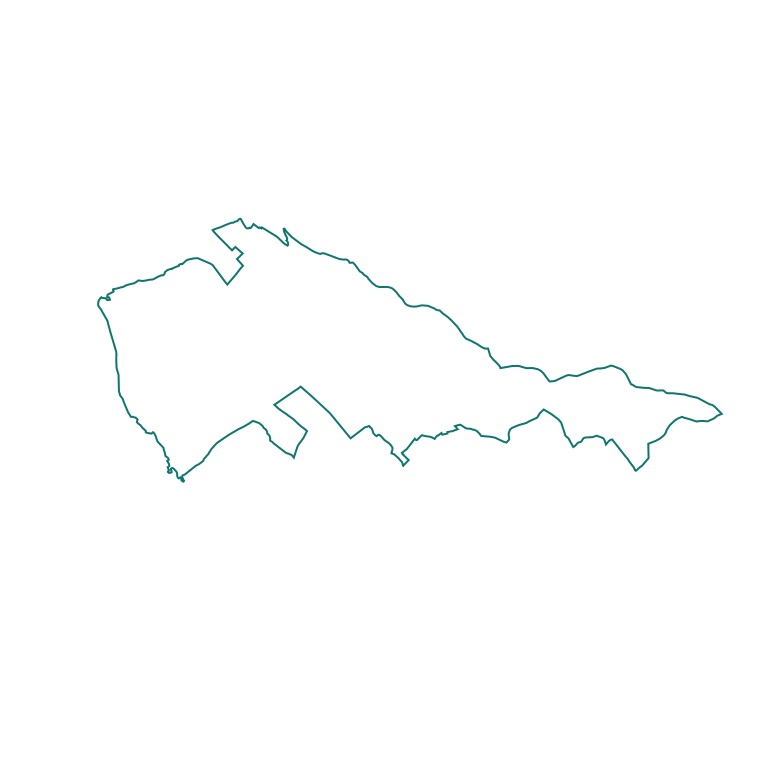 Solovastru, Mures, Romania, rotated 44°
{"feature_id": "2599482B7590824952903", "entity_name": "Solovastru", "entity_type": "district", "adm_level": 2, "iso_a3": "ROU", "parent_name": "Romania", "parent_adm1": "Mures", "projection": "equal_earth", "projection_center": [24.78, 46.783], "detail": "fine", "context": "isolated", "style": "outline", "palette": "teal", "viewbox_px": 768, "rotation_deg": 44, "n_neighbors": 0, "source": "geoboundaries", "source_scale": "gbopen_adm2", "svg_char_len": 6165}
<svg xmlns="http://www.w3.org/2000/svg" viewBox="0 0 768 768"><g transform="rotate(44 384 384)"><path d="M307.5,592.6L306.0,592.2L303.2,591.0L302.7,590.0L302.8,589.0L303.6,587.6L305.4,573.6L306.6,570.1L307.4,564.8L306.8,563.7L306.5,562.0L306.3,556.9L306.4,556.2L305.9,555.5L305.6,553.2L305.0,550.7L304.8,543.3L305.0,541.5L307.7,528.3L310.8,517.3L312.4,513.1L314.4,506.2L315.3,501.6L321.2,498.9L324.6,498.6L326.4,498.6L327.5,499.1L328.4,499.1L330.1,498.8L332.5,499.3L334.6,500.7L336.8,500.6L338.0,501.0L340.1,502.3L341.0,503.5L341.9,503.9L343.3,503.3L346.4,503.3L361.4,501.6L364.8,500.0L367.2,499.2L370.3,499.6L365.6,489.9L364.7,487.6L363.6,479.0L361.3,471.3L356.7,471.6L356.2,471.8L351.8,472.2L342.8,472.3L336.5,473.3L335.4,473.3L328.9,474.5L324.1,475.0L319.6,475.1L324.2,452.5L325.2,447.9L325.9,443.8L339.0,443.1L362.1,442.6L365.6,442.6L397.7,446.3L400.4,428.2L401.8,426.2L402.2,424.8L402.4,424.6L403.5,424.5L404.0,424.9L404.6,424.6L405.9,424.6L407.5,425.1L410.5,426.8L413.3,427.0L414.9,426.6L415.1,424.6L415.5,424.1L416.2,423.8L418.1,423.6L423.3,424.0L428.2,423.2L430.8,423.2L433.3,423.6L434.4,424.0L435.8,425.5L436.8,427.7L437.3,428.5L437.6,428.7L438.0,428.1L439.0,428.1L440.4,427.5L445.5,427.3L451.2,427.7L452.8,428.4L453.9,429.3L454.6,429.5L454.6,421.6L446.6,421.6L446.7,421.3L444.7,421.1L445.6,414.9L444.2,401.9L446.0,402.0L446.7,401.4L446.7,394.7L450.1,392.6L453.6,390.1L455.6,389.1L458.6,388.3L458.2,386.2L458.2,384.5L458.3,384.5L458.8,382.7L459.4,379.3L461.1,380.0L464.0,375.5L463.0,374.5L466.0,370.3L468.4,365.4L467.8,365.5L466.2,365.0L464.3,365.0L464.8,364.0L467.0,360.4L469.0,359.8L472.2,359.3L474.2,358.7L477.9,355.7L479.2,355.4L480.4,354.4L483.4,353.3L487.7,353.4L489.5,353.9L490.2,353.7L497.2,348.0L501.1,345.5L510.8,342.2L512.8,341.0L512.6,337.0L511.4,335.8L509.5,334.4L508.0,332.9L506.9,330.6L506.3,328.9L506.7,326.3L509.7,319.5L513.4,313.3L514.2,310.4L517.5,301.9L516.4,296.5L516.6,291.4L525.3,289.4L533.7,288.3L538.2,288.7L548.3,294.0L549.6,294.9L550.7,295.2L554.6,295.0L563.9,297.9L564.3,296.4L564.4,294.9L564.3,291.7L564.6,290.8L565.5,289.6L565.8,288.7L565.7,287.1L565.2,284.8L565.4,283.9L566.1,282.5L571.0,277.3L572.8,273.6L577.5,271.4L579.5,270.7L581.6,271.2L585.7,273.3L585.4,269.0L585.8,266.8L586.7,265.4L606.9,268.2L611.4,268.6L613.8,269.3L621.6,270.5L624.7,271.6L625.4,271.5L625.6,270.8L625.8,266.5L626.4,263.5L625.8,253.5L615.6,243.4L618.9,236.3L620.4,231.8L621.0,226.3L620.6,223.7L619.2,220.4L618.2,215.0L618.5,208.7L619.3,204.9L621.2,200.6L623.5,199.7L628.3,197.0L634.7,194.0L638.2,189.8L642.7,186.1L645.3,179.5L645.8,175.2L647.7,170.9L638.4,170.6L635.2,170.9L631.7,172.6L619.3,176.1L615.2,178.5L612.1,180.5L607.8,182.6L598.7,189.6L594.3,193.7L593.3,194.3L589.5,194.6L588.6,195.3L585.4,198.6L584.2,199.5L577.3,202.8L573.9,206.0L567.8,210.8L564.9,211.7L563.7,211.7L561.9,212.6L551.2,208.8L546.1,208.4L543.5,209.0L536.1,212.0L534.5,213.1L531.4,219.4L528.9,222.5L526.6,224.8L522.4,233.3L518.1,242.8L517.0,244.6L510.6,249.3L509.4,251.2L504.8,263.1L501.5,267.1L500.2,267.1L491.6,265.6L488.2,265.5L484.8,266.3L479.9,269.2L475.4,273.7L468.4,277.4L463.9,281.8L456.7,291.7L455.5,291.0L453.1,290.6L445.3,290.5L441.0,290.0L434.2,286.2L432.0,288.4L428.8,289.6L423.6,290.5L416.6,292.5L411.5,294.4L408.3,294.2L405.6,293.5L396.7,291.8L388.4,291.4L382.8,291.6L377.4,292.4L372.9,292.4L371.1,293.8L369.9,294.4L368.8,294.4L366.8,295.0L364.1,296.2L363.7,296.2L361.1,297.4L356.6,301.1L353.6,305.6L351.3,308.0L349.2,309.6L345.8,311.2L343.2,311.4L338.0,310.1L333.9,310.1L329.4,309.4L325.6,309.3L323.2,309.6L320.7,310.7L318.6,312.2L313.3,317.5L310.4,318.9L307.9,319.3L305.0,319.5L299.8,319.2L297.7,318.6L293.6,319.4L291.6,319.1L288.3,319.8L280.2,318.3L277.2,318.3L275.1,320.7L274.0,320.3L272.1,320.1L270.9,320.4L269.9,321.0L269.3,321.8L267.5,323.4L264.9,325.2L250.6,331.4L248.8,332.8L248.2,333.8L247.9,334.6L247.2,335.1L242.8,337.1L240.2,337.9L232.7,339.5L227.5,340.9L215.6,342.4L207.4,342.1L205.4,341.5L204.2,341.6L204.0,342.1L206.7,344.0L213.0,346.4L213.9,347.3L214.1,348.6L215.5,348.5L217.3,349.4L218.3,350.4L218.5,351.4L215.1,352.3L204.7,352.4L187.4,356.2L187.7,357.3L185.9,357.7L185.7,358.8L179.0,359.6L179.5,361.8L179.7,364.6L178.6,365.1L178.6,365.8L178.1,366.6L177.2,367.3L175.9,367.4L172.3,366.6L166.3,364.8L165.7,365.1L165.3,366.2L165.3,368.8L164.1,370.7L163.6,372.6L162.5,373.7L162.1,374.3L159.7,379.4L157.7,384.3L155.1,389.3L153.8,392.3L155.0,392.6L161.6,393.0L181.8,393.4L181.9,388.7L191.7,388.3L191.5,396.2L200.4,396.9L200.5,400.0L201.5,409.3L202.2,421.3L198.8,420.9L178.4,417.5L175.5,418.0L162.6,422.9L160.3,425.3L157.2,429.7L156.0,432.2L155.6,437.7L155.2,438.4L154.8,438.4L153.8,440.2L153.8,440.9L154.3,441.4L151.4,447.9L151.6,448.7L150.8,449.2L149.1,452.3L148.7,455.9L149.5,457.0L149.7,458.9L149.5,459.4L148.9,459.7L148.4,460.4L147.0,463.5L145.5,468.4L144.9,469.6L142.4,472.5L141.4,474.1L139.0,477.4L135.4,480.1L134.7,483.8L134.2,485.2L131.1,490.0L129.7,492.8L128.8,495.8L127.7,497.0L126.8,498.8L124.2,502.8L123.4,503.7L123.4,504.3L123.6,504.5L125.1,505.1L125.3,505.5L123.2,511.5L123.4,512.3L124.1,513.4L124.5,513.7L125.0,513.7L125.8,512.8L126.3,512.8L128.3,513.7L127.3,515.3L126.5,515.8L124.0,515.8L122.0,517.5L121.1,518.0L120.4,518.0L120.3,519.3L120.7,520.9L120.7,521.9L121.7,523.6L122.7,524.9L124.3,526.3L128.7,527.0L141.1,530.7L150.7,536.5L168.8,546.7L170.6,548.2L174.6,552.6L179.4,557.2L181.0,558.6L186.7,561.8L198.1,573.1L202.1,575.5L206.6,576.3L209.0,577.6L219.5,582.1L224.8,583.4L225.8,582.4L228.8,580.7L231.4,580.7L232.7,583.1L234.9,583.2L237.6,582.8L240.3,583.3L244.0,583.2L245.4,583.3L246.0,584.1L246.4,584.1L247.6,583.7L251.1,581.3L251.3,580.6L251.3,579.2L253.1,579.1L255.7,580.0L260.5,582.5L261.7,582.8L268.5,583.0L269.9,583.2L270.2,583.4L270.8,584.0L274.1,585.7L276.9,587.6L279.9,587.2L281.5,587.8L281.8,588.5L281.5,589.6L281.5,590.0L284.7,590.8L286.0,591.6L286.5,592.2L286.2,594.1L289.4,595.7L289.5,596.1L289.4,597.1L289.7,597.4L291.2,597.3L292.6,595.1L292.5,594.9L291.3,594.0L289.9,593.5L289.6,593.0L289.8,591.7L291.0,591.1L291.9,591.0L295.7,591.3L297.2,592.0L299.5,594.1L301.0,594.6L301.9,594.5L302.4,592.7L304.1,593.1L305.3,594.0L306.0,594.0L307.5,593.6L307.5,592.6Z" fill="none" stroke="#0f766e" stroke-width="2"/></g></svg>